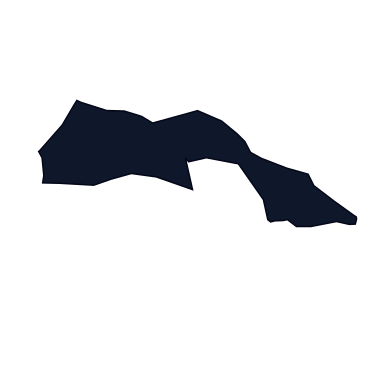 map outline of Kotor (Albers equal-area conic projection), rotated 309°
{"feature_id": "MNE-1507", "entity_name": "Kotor", "entity_type": "Municipality", "adm_level": 1, "iso_a3": "MNE", "parent_name": "Montenegro", "parent_adm1": "", "projection": "albers", "projection_center": [18.686, 42.45], "detail": "fine", "context": "isolated", "style": "filled", "palette": "ink", "viewbox_px": 384, "rotation_deg": 309, "n_neighbors": 0, "source": "natural_earth", "source_scale": "10m", "svg_char_len": 758}
<svg xmlns="http://www.w3.org/2000/svg" viewBox="0 0 384 384"><g transform="rotate(309 192 192)"><path d="M105.1,70.2L111.5,66.5L124.3,53.9L127.0,47.3L128.1,47.6L162.3,49.0L185.0,45.6L190.7,44.9L191.8,49.3L201.6,74.4L212.3,88.4L219.0,105.2L220.8,118.0L235.7,128.7L258.7,145.1L265.8,170.4L265.6,190.5L264.5,201.2L259.6,212.6L261.8,224.7L270.1,250.5L278.9,271.0L273.6,282.7L274.3,308.3L275.6,331.2L276.0,335.3L274.6,336.9L269.8,339.1L265.8,334.6L260.0,322.9L240.0,306.1L230.9,294.9L230.6,283.6L227.1,280.7L221.9,274.7L218.2,271.9L218.2,268.3L218.3,268.2L231.0,252.3L243.1,210.3L227.7,181.6L213.4,170.4L214.4,165.3L194.2,190.9L181.2,154.6L168.2,133.2L151.2,121.1L135.5,111.4L115.1,83.1L105.1,70.2Z" fill="#0f172a" stroke="#020617" stroke-width="1.5"/></g></svg>